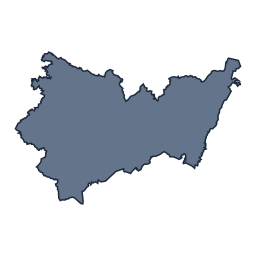 outline of Jilotlán de los Dolores, Jalisco, Mexico
{"feature_id": "50627088B52890946668880", "entity_name": "Jilotlán de los Dolores", "entity_type": "district", "adm_level": 2, "iso_a3": "MEX", "parent_name": "Mexico", "parent_adm1": "Jalisco", "projection": "orthographic", "projection_center": [-102.935, 19.317], "detail": "fine", "context": "isolated", "style": "filled", "palette": "slate", "viewbox_px": 256, "rotation_deg": 0, "n_neighbors": 0, "source": "geoboundaries", "source_scale": "gbopen_adm2", "svg_char_len": 5619}
<svg xmlns="http://www.w3.org/2000/svg" viewBox="0 0 256 256"><path d="M53.0,54.4L51.7,53.9L51.9,53.4L48.8,52.1L47.4,53.8L44.6,53.8L43.7,55.7L44.5,56.2L42.8,56.0L42.6,57.0L43.2,57.2L42.6,57.8L42.2,57.0L42.4,58.8L41.5,59.6L41.7,60.4L44.4,61.6L45.1,60.5L45.9,60.4L48.6,61.1L50.9,61.0L51.4,61.4L50.9,61.6L51.3,62.6L52.3,63.2L52.4,63.9L49.9,64.4L48.5,65.4L47.7,67.3L46.9,67.3L47.0,66.8L45.7,66.1L43.6,67.5L41.4,67.4L43.0,67.6L43.0,68.5L43.8,68.3L44.4,69.0L46.1,68.3L45.3,71.1L47.1,70.9L47.7,72.0L46.4,73.0L46.9,75.2L49.0,75.4L49.2,77.2L50.0,77.6L51.1,77.3L50.6,78.7L48.1,77.9L47.9,78.4L47.1,78.2L47.0,77.0L46.2,76.9L44.7,77.7L43.9,76.9L42.7,78.2L40.7,77.1L40.0,77.3L40.1,76.6L39.5,76.3L38.2,79.3L38.7,80.5L37.5,81.5L36.8,81.2L36.6,79.8L35.5,79.7L35.5,78.8L35.0,78.5L34.5,78.9L32.6,78.8L33.8,79.8L33.2,80.8L32.2,79.8L31.7,80.0L32.2,83.3L31.3,85.5L32.0,86.5L32.3,86.0L33.8,86.8L33.5,89.3L34.2,89.7L34.7,89.2L36.0,89.1L39.0,85.8L39.7,88.2L41.8,88.6L41.2,90.3L43.5,90.9L40.9,93.5L44.5,95.3L44.2,96.8L43.4,97.9L42.8,97.8L42.5,98.7L41.7,99.0L41.3,100.1L41.7,100.7L40.6,101.6L41.1,102.7L40.6,103.5L38.6,104.3L38.2,107.5L34.6,107.8L35.2,109.0L34.1,110.8L32.1,109.2L31.2,109.6L31.1,110.3L30.2,110.0L29.1,111.4L28.4,111.4L27.6,112.9L29.1,113.5L29.3,115.0L28.2,115.0L25.8,118.1L24.6,118.0L23.4,119.2L22.6,119.1L21.4,120.4L20.9,120.1L20.5,120.6L20.9,121.5L18.0,123.5L15.4,128.8L17.2,130.4L20.3,131.8L20.4,132.2L18.4,133.1L21.2,134.1L20.7,135.1L21.4,135.7L21.0,137.4L23.3,139.4L24.4,142.1L25.4,141.9L27.4,143.2L26.8,143.6L27.1,144.3L31.2,143.2L31.6,144.3L32.9,144.2L34.3,145.2L34.8,146.6L36.7,147.7L37.3,149.2L38.4,149.5L38.5,150.2L39.4,150.1L40.2,148.8L41.0,148.6L41.6,149.2L41.9,148.5L43.9,147.7L44.6,150.0L46.6,151.2L45.6,153.2L45.9,154.0L45.3,157.0L41.2,159.0L41.0,161.8L39.1,164.5L36.5,167.0L38.0,168.1L38.7,170.4L39.8,171.0L40.0,171.7L42.9,173.0L42.9,173.9L44.0,175.7L45.4,175.7L46.8,176.8L48.7,177.0L50.9,178.4L53.3,178.9L53.8,179.6L54.8,179.7L55.4,179.1L55.9,179.7L57.6,179.6L57.6,182.5L56.7,183.7L55.6,184.0L56.0,185.9L57.5,186.7L57.5,189.3L58.5,191.4L58.7,197.8L60.2,200.6L62.4,199.8L64.7,200.0L65.9,199.5L65.8,199.1L68.3,198.9L69.4,197.9L72.7,197.1L74.7,198.0L80.7,203.4L82.8,203.9L83.1,201.5L82.1,191.4L84.0,190.9L87.0,187.0L88.2,186.3L88.7,185.6L88.1,184.8L88.3,183.9L89.1,183.1L90.0,183.3L90.8,184.8L92.0,182.9L92.0,182.2L92.4,182.7L93.7,182.8L94.3,182.1L95.7,181.9L97.8,183.3L98.2,180.0L101.0,181.9L105.5,181.1L115.9,171.4L123.6,168.8L123.6,170.9L124.6,171.9L125.6,171.6L130.7,173.5L131.4,172.1L135.9,167.5L137.2,168.8L136.4,169.3L138.5,170.9L140.9,169.6L142.3,166.1L144.3,164.2L147.4,164.1L149.6,163.3L150.2,162.1L149.4,160.6L151.1,157.9L150.9,156.8L152.5,156.9L152.8,156.2L155.7,156.3L160.0,154.4L164.1,151.6L166.7,153.0L167.2,154.0L168.9,154.5L170.0,156.8L173.5,156.8L179.1,159.3L179.8,159.2L180.4,158.2L181.1,158.3L180.6,157.2L180.8,156.8L181.7,156.9L181.3,156.3L181.8,155.0L182.9,155.0L184.1,153.8L184.9,154.3L185.5,154.7L185.7,158.7L185.3,158.1L184.7,158.4L185.1,159.2L184.3,160.4L184.8,160.9L184.0,160.9L183.1,163.0L183.4,163.6L185.9,162.9L192.2,166.1L194.6,168.3L195.2,165.0L197.5,165.8L197.9,164.9L197.8,162.1L198.2,161.5L199.6,162.0L200.0,161.5L199.4,160.5L201.2,159.4L199.3,157.4L201.3,156.4L202.0,155.3L201.4,154.1L202.5,153.8L202.3,152.5L203.5,151.7L203.4,150.1L206.1,148.9L204.3,147.6L205.4,147.4L205.1,146.8L205.8,146.1L205.9,144.9L205.1,144.5L205.7,143.4L204.3,142.9L205.2,141.9L205.6,138.2L206.2,137.9L206.1,136.4L207.0,135.6L207.4,133.8L208.6,132.8L208.1,131.8L209.1,131.8L209.9,130.6L209.6,129.9L210.5,128.8L212.7,128.7L215.9,125.7L216.8,123.3L216.3,122.6L218.1,119.7L218.0,115.5L219.4,112.6L219.6,109.7L221.8,107.1L221.9,105.4L224.3,100.4L226.3,100.0L231.2,91.1L230.1,90.1L229.7,88.3L228.4,87.5L228.3,86.8L230.5,85.7L232.6,82.4L236.0,83.8L237.7,86.2L238.6,84.9L240.3,84.6L240.2,83.5L239.3,82.5L237.1,83.1L234.7,81.8L235.1,80.7L238.9,80.8L234.9,77.9L232.0,79.6L231.3,78.5L233.2,71.0L235.5,71.2L236.3,68.7L238.6,68.5L239.2,67.4L240.6,66.5L238.3,60.4L228.6,58.2L227.9,58.8L227.6,60.3L226.4,61.6L226.6,62.5L226.0,62.3L225.8,62.9L225.2,68.3L223.9,70.9L223.1,71.2L220.5,70.7L217.2,71.4L215.5,70.6L213.3,70.6L211.7,71.5L211.2,73.1L208.2,75.7L204.9,80.5L202.8,81.8L200.9,81.4L201.1,80.3L199.2,78.9L196.7,78.4L195.6,76.8L192.8,77.1L192.1,76.0L191.3,76.3L190.5,75.5L188.2,76.9L187.2,76.0L185.5,75.8L184.0,76.7L180.6,77.3L179.1,78.4L178.2,76.3L176.9,77.5L174.4,76.8L171.1,77.3L170.4,78.1L169.0,78.4L169.0,79.1L170.5,80.1L169.7,81.4L170.2,82.2L169.7,84.9L167.9,85.4L167.7,86.8L166.5,86.6L165.8,89.2L163.8,89.6L164.1,94.4L161.9,95.3L160.9,96.4L159.3,96.5L158.3,97.9L158.2,100.7L157.0,100.7L155.9,98.8L154.3,99.2L153.5,98.5L154.9,97.6L154.3,96.4L154.4,95.1L154.0,94.3L153.4,94.5L153.3,95.4L152.7,94.5L151.7,94.6L151.4,92.3L151.8,91.3L149.6,90.7L148.7,91.5L146.6,91.0L147.0,88.1L145.1,87.6L143.3,84.0L140.5,86.6L140.0,88.1L140.6,89.1L139.6,90.3L139.5,91.6L138.4,91.6L134.7,94.9L130.7,96.3L127.7,100.3L127.3,100.1L126.0,101.3L124.0,97.5L124.4,95.7L123.0,92.7L123.3,91.7L122.4,91.2L122.2,89.9L122.8,88.4L119.5,85.2L119.7,82.6L120.6,82.3L120.7,81.1L121.8,81.8L122.7,79.8L122.1,78.8L120.5,78.7L119.0,76.9L118.4,77.0L118.0,75.8L114.0,74.8L112.4,72.6L112.6,71.9L112.2,71.6L112.9,70.7L110.1,69.6L107.1,71.0L105.6,72.8L105.0,74.8L105.3,75.7L104.4,76.9L103.9,76.3L102.5,76.5L99.8,75.5L98.6,74.5L98.0,75.8L94.8,75.3L93.7,74.3L92.7,74.5L87.4,70.3L83.9,71.4L82.2,70.3L80.8,67.9L79.7,68.5L79.4,67.7L78.2,68.7L74.7,66.5L72.4,66.7L72.5,66.0L71.0,65.1L69.4,65.1L69.3,64.4L70.0,63.6L67.9,63.0L65.3,60.3L63.4,59.3L62.1,59.2L61.0,57.6L58.1,58.9L53.4,54.8L53.0,55.0L53.0,54.4Z" fill="#64748b" stroke="#1e293b" stroke-width="1.5"/></svg>